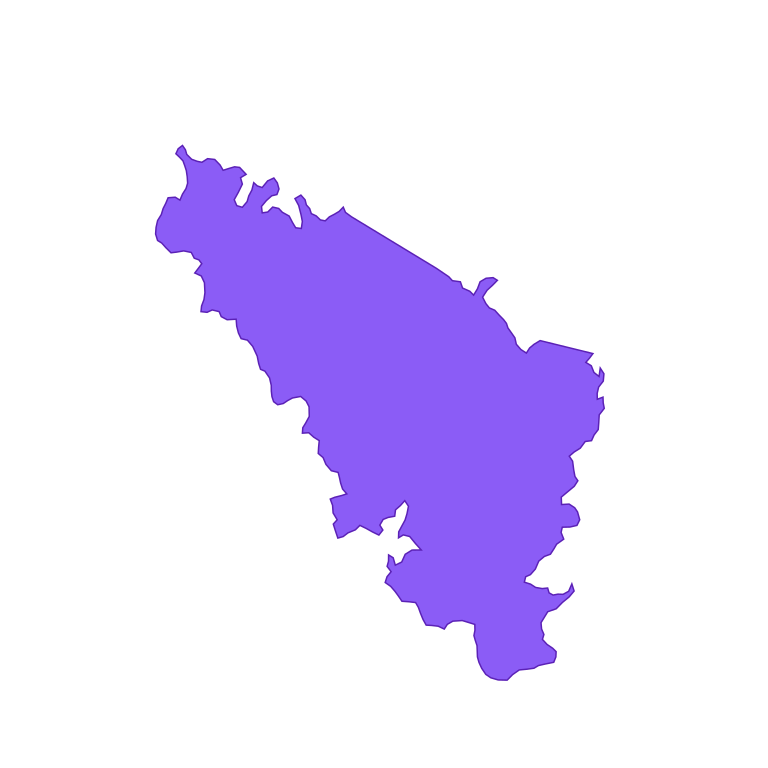 Ponte Alta do Norte, Santa Catarina, Brazil, rotated 40°
{"feature_id": "56859067B74715517564167", "entity_name": "Ponte Alta do Norte", "entity_type": "district", "adm_level": 2, "iso_a3": "BRA", "parent_name": "Brazil", "parent_adm1": "Santa Catarina", "projection": "mercator", "projection_center": [-50.427, -27.181], "detail": "fine", "context": "isolated", "style": "filled", "palette": "violet", "viewbox_px": 768, "rotation_deg": 40, "n_neighbors": 0, "source": "geoboundaries", "source_scale": "gbopen_adm2", "svg_char_len": 4106}
<svg xmlns="http://www.w3.org/2000/svg" viewBox="0 0 768 768"><g transform="rotate(40 384 384)"><path d="M280.0,452.1L284.5,450.7L292.4,452.9L298.5,457.5L302.3,461.9L306.3,465.7L310.8,468.5L315.9,468.2L319.4,463.7L320.9,458.5L322.9,453.5L328.2,447.1L335.3,447.1L341.2,449.6L347.6,456.9L349.1,464.3L349.9,469.7L353.1,474.1L357.7,469.7L364.5,469.9L370.8,469.0L374.5,474.4L378.3,479.5L384.6,479.5L391.2,482.9L399.4,484.3L405.7,481.2L410.0,484.3L414.5,487.8L419.8,491.1L426.1,492.1L423.3,496.6L419.1,502.4L416.8,506.7L422.6,510.0L427.9,515.5L435.4,518.1L435.2,523.9L440.7,527.4L447.7,531.7L450.8,527.1L452.1,521.2L455.8,514.1L456.4,507.8L463.1,506.1L470.4,504.7L477.2,503.0L477.0,496.6L471.5,494.8L470.4,488.3L472.9,483.6L477.2,478.4L473.7,473.0L474.7,466.6L474.9,460.0L481.3,461.9L485.0,468.6L487.6,474.7L489.0,481.6L490.3,487.8L494.0,492.5L495.8,487.2L501.7,484.3L510.7,486.0L519.2,487.2L512.2,493.2L509.7,500.8L512.0,509.0L509.1,515.5L502.7,511.2L497.4,512.0L501.4,516.9L503.6,521.7L510.1,523.2L510.2,529.7L512.5,535.3L519.2,534.7L525.8,535.8L531.1,537.1L537.4,538.9L543.2,534.7L548.7,531.1L553.9,533.0L559.4,536.2L565.3,539.3L571.3,541.6L575.6,538.4L581.2,534.7L587.7,533.0L587.0,527.4L589.2,521.4L596.0,514.9L602.1,512.3L608.1,509.8L611.9,514.1L614.6,518.9L618.7,521.7L623.4,524.6L627.5,529.1L631.0,533.0L635.7,536.2L641.6,539.0L648.6,541.0L654.7,540.4L661.7,537.3L668.7,531.7L669.3,524.0L671.4,516.1L677.0,510.4L681.6,505.3L683.3,500.4L687.3,495.1L692.9,488.1L691.1,482.6L687.9,478.4L683.1,478.0L676.3,478.7L669.5,477.8L667.5,473.1L662.2,470.4L657.7,465.9L656.9,460.5L655.8,453.2L660.4,445.5L661.1,436.6L662.7,428.0L662.7,420.4L656.4,416.4L658.7,424.1L656.4,430.0L652.3,433.2L649.2,437.0L644.7,437.9L640.5,435.1L636.7,439.0L630.9,442.4L624.9,443.1L618.9,445.6L616.4,440.6L618.7,435.9L618.9,428.5L616.4,420.2L617.7,413.0L620.9,407.4L620.1,400.9L619.2,395.8L621.4,387.3L615.1,383.9L612.6,379.1L618.4,374.0L622.7,368.3L621.2,362.2L614.5,357.6L609.6,356.2L603.0,357.0L597.5,362.2L592.5,356.7L594.2,347.2L595.5,340.0L594.7,333.5L589.7,332.1L584.6,327.9L578.1,321.9L572.3,320.2L573.4,313.8L575.6,307.0L575.1,298.7L579.4,294.0L577.7,288.0L577.4,281.2L573.6,275.9L568.7,269.3L568.4,261.1L564.0,257.5L560.2,253.3L557.2,258.6L553.3,254.1L550.4,248.4L550.1,240.8L545.9,234.8L539.4,232.8L543.9,240.0L537.4,240.2L531.1,236.8L524.7,237.7L524.8,232.0L524.5,226.4L475.7,250.4L473.4,257.2L472.4,262.8L473.2,268.8L466.7,269.6L459.8,268.5L454.6,264.5L448.7,262.9L442.9,261.4L438.9,258.9L434.2,257.8L427.9,257.2L421.4,256.3L415.8,258.0L410.3,256.9L403.7,254.1L402.7,245.9L403.7,238.3L404.2,231.7L399.2,232.4L394.2,237.4L391.9,243.9L394.4,251.0L395.5,258.3L390.1,257.8L382.5,260.0L376.8,256.6L370.0,260.9L364.7,260.2L349.9,261.7L251.7,276.8L244.2,277.3L239.1,274.7L238.7,280.6L236.9,285.8L234.7,291.1L234.1,296.8L229.8,299.2L224.0,298.8L218.8,300.2L214.3,297.4L209.4,296.7L205.1,293.6L198.9,292.7L196.6,299.2L203.9,302.1L211.7,307.7L217.0,312.0L220.7,318.0L215.9,321.1L210.1,319.1L203.4,316.3L195.8,317.8L190.5,317.2L185.0,320.0L184.4,327.0L180.7,331.2L176.0,326.7L176.0,319.1L177.0,312.0L180.2,307.7L178.2,302.1L173.0,298.5L167.2,297.0L164.3,303.2L164.4,311.8L159.6,313.7L154.8,313.5L158.1,320.3L159.5,326.8L161.9,332.2L161.9,339.7L156.6,342.0L150.8,339.1L149.2,330.8L147.0,321.9L141.5,318.2L143.6,312.0L134.2,310.9L129.9,313.7L126.7,318.5L123.4,323.7L117.6,321.6L110.0,320.8L104.0,324.8L102.0,331.2L97.7,333.5L92.2,335.5L85.3,334.9L81.3,332.2L76.3,330.8L75.1,336.0L76.6,341.4L81.8,341.7L86.6,342.3L91.1,344.9L95.4,347.6L100.0,351.7L104.5,356.4L106.7,361.5L107.6,368.1L109.5,374.3L104.0,375.1L98.9,380.1L100.7,385.9L102.0,391.5L104.5,397.4L105.5,404.3L108.7,410.5L112.6,415.9L118.3,419.6L123.1,418.9L129.4,419.8L136.5,420.4L140.5,416.1L145.0,410.8L151.8,407.1L157.8,409.6L162.4,407.9L167.1,409.0L167.4,414.4L167.7,420.6L174.6,418.7L181.3,421.8L188.1,429.1L191.8,435.0L194.1,441.5L197.3,446.2L202.4,442.8L204.8,437.7L211.2,434.5L216.0,437.0L222.5,435.6L229.1,429.4L233.9,434.3L239.7,438.5L245.4,441.1L251.2,438.2L259.3,439.6L268.9,444.1L274.9,448.9L280.0,452.1Z" fill="#8b5cf6" stroke="#5b21b6" stroke-width="1.5"/></g></svg>